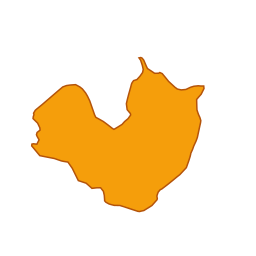 Shibin al-Kum, Al Minufiyah, Egypt (orthographic projection), rotated 229°
{"feature_id": "37247803B46387157880741", "entity_name": "Shibin al-Kum", "entity_type": "district", "adm_level": 2, "iso_a3": "EGY", "parent_name": "Egypt", "parent_adm1": "Al Minufiyah", "projection": "orthographic", "projection_center": [31.014, 30.556], "detail": "fine", "context": "isolated", "style": "filled", "palette": "amber", "viewbox_px": 256, "rotation_deg": 229, "n_neighbors": 0, "source": "geoboundaries", "source_scale": "gbopen_adm2", "svg_char_len": 1830}
<svg xmlns="http://www.w3.org/2000/svg" viewBox="0 0 256 256"><g transform="rotate(229 128 128)"><path d="M184.1,60.3L184.3,56.5L183.0,54.5L181.9,54.1L181.2,53.9L177.4,53.1L175.6,48.6L178.2,46.2L178.9,44.9L178.3,44.3L177.7,43.6L165.0,43.3L161.1,46.3L153.3,52.4L146.9,56.1L144.8,57.7L141.7,60.3L134.1,59.5L120.9,56.0L113.8,60.2L106.1,61.2L103.5,65.0L100.9,68.1L96.4,67.9L92.7,65.9L89.1,63.2L88.4,62.6L86.5,62.6L83.2,63.8L81.3,65.0L78.7,66.8L74.8,71.1L58.6,80.8L57.3,82.0L56.7,83.3L55.3,85.8L53.8,95.2L54.3,99.0L54.8,102.8L55.5,103.8L57.6,105.1L57.9,105.5L58.1,105.7L58.2,105.9L59.8,108.7L60.3,111.9L59.8,113.5L59.3,121.9L59.1,127.6L59.0,132.7L58.8,136.5L59.8,146.0L63.4,152.4L65.8,156.3L67.1,158.1L67.7,158.8L69.5,162.7L71.3,165.9L73.6,171.0L75.4,174.2L82.7,183.9L84.3,186.1L85.8,187.8L88.9,189.2L91.4,189.9L93.3,190.6L96.4,191.9L98.9,193.9L104.5,198.5L105.0,201.6L105.5,205.4L107.9,211.2L110.0,212.7L111.7,210.7L113.7,208.8L116.3,205.1L117.7,202.0L119.1,197.0L121.8,193.2L125.0,190.8L126.6,190.5L127.6,190.2L136.5,189.2L141.5,189.4L146.6,189.5L149.0,188.4L149.2,187.1L151.8,184.0L160.1,181.7L162.7,182.4L168.9,184.4L171.5,184.5L172.8,183.9L173.7,182.3L170.9,182.0L165.9,179.9L162.2,177.9L160.3,175.4L159.2,170.9L158.7,166.5L160.1,163.3L159.5,160.8L158.9,159.5L157.1,156.9L152.9,150.5L149.8,146.0L147.4,142.7L142.4,139.4L138.6,139.3L137.4,139.3L136.1,138.6L135.8,137.4L135.0,134.2L135.1,129.7L134.6,125.9L135.4,120.9L136.2,116.5L138.1,115.9L143.8,114.8L148.4,113.8L148.6,113.7L148.9,113.7L154.0,111.9L157.2,110.7L159.8,111.4L173.5,116.9L178.6,118.3L182.3,119.0L187.4,119.2L190.6,118.6L195.1,116.9L198.4,112.5L199.3,111.1L200.4,109.4L201.8,105.7L201.9,100.0L202.0,78.5L202.2,72.2L202.2,69.6L201.1,66.4L199.8,65.8L198.6,63.8L197.4,62.5L191.0,63.0L186.0,61.6L184.1,60.3Z" fill="#f59e0b" stroke="#b45309" stroke-width="1.5"/></g></svg>